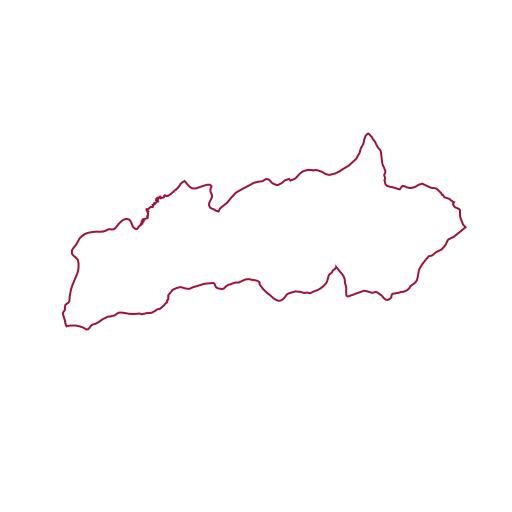 Sekadau, Kalimantan Barat, Indonesia (orthographic projection), rotated 239°
{"feature_id": "22746128B16160803458764", "entity_name": "Sekadau", "entity_type": "district", "adm_level": 2, "iso_a3": "IDN", "parent_name": "Indonesia", "parent_adm1": "Kalimantan Barat", "projection": "orthographic", "projection_center": [111.051, 0.054], "detail": "fine", "context": "isolated", "style": "outline", "palette": "rose", "viewbox_px": 512, "rotation_deg": 239, "n_neighbors": 0, "source": "geoboundaries", "source_scale": "gbopen_adm2", "svg_char_len": 6122}
<svg xmlns="http://www.w3.org/2000/svg" viewBox="0 0 512 512"><g transform="rotate(239 256 256)"><path d="M303.3,414.8L302.6,411.9L300.1,408.8L297.0,406.0L294.2,401.1L291.2,398.1L287.7,391.9L285.7,382.1L285.7,373.8L285.5,371.9L286.0,366.2L287.5,361.2L288.2,360.1L290.0,358.2L291.9,357.0L293.7,356.3L297.9,352.7L299.4,350.8L299.7,349.2L300.6,348.5L302.2,346.3L303.0,344.9L304.0,341.8L304.3,340.1L304.3,338.3L304.1,336.4L302.3,330.1L302.3,328.1L302.9,324.4L305.1,324.0L305.9,319.5L305.3,315.5L305.5,311.7L306.2,310.2L309.9,307.5L314.8,306.5L316.9,304.2L316.7,300.3L318.7,295.7L319.8,291.8L320.6,275.4L320.6,271.1L319.3,266.9L318.9,265.2L316.5,258.6L315.7,252.1L315.3,249.8L314.8,248.9L313.4,246.8L315.5,245.0L317.8,243.8L320.3,241.9L321.8,241.5L322.9,241.8L323.7,241.9L324.5,242.3L324.9,242.8L325.4,243.0L329.2,248.7L330.5,249.4L332.1,249.8L334.0,250.0L335.9,250.7L337.3,251.9L337.9,252.9L338.5,253.6L339.1,253.8L339.6,253.7L340.6,253.3L340.9,253.0L341.7,251.8L342.4,250.3L343.5,246.0L344.7,240.0L345.5,238.1L346.6,236.5L347.2,235.9L349.6,234.8L352.4,234.1L354.2,233.9L357.1,233.3L357.1,230.6L356.6,228.4L355.3,226.1L355.0,224.8L354.5,223.9L354.5,222.4L354.0,221.9L354.0,219.5L353.5,218.5L353.5,217.3L353.1,215.3L352.8,212.5L352.9,211.4L353.1,211.1L353.4,210.1L354.0,209.6L354.8,209.4L355.0,209.1L354.8,208.2L353.8,207.4L353.7,207.2L354.2,205.7L354.5,204.2L356.0,204.7L356.4,204.4L356.3,204.0L355.9,203.9L355.8,203.4L356.7,201.8L356.6,200.5L356.0,199.6L355.7,199.4L355.3,199.5L355.4,200.0L355.6,200.3L355.8,200.9L355.7,201.6L355.4,201.8L354.7,199.9L354.8,199.0L354.5,199.0L353.4,200.3L353.1,200.2L353.1,199.9L353.6,199.4L353.7,199.0L352.7,196.6L352.7,196.0L352.9,195.9L353.6,196.2L353.7,195.9L352.4,194.5L352.4,194.2L353.0,194.2L353.1,193.9L352.2,193.8L351.3,193.1L351.2,192.8L351.3,192.1L352.5,191.1L352.1,190.4L352.1,189.2L351.7,188.3L351.7,187.9L351.8,187.2L352.5,186.7L352.5,186.3L351.8,185.8L350.7,185.8L350.3,186.0L350.2,186.3L349.6,186.6L349.1,185.5L348.2,185.5L347.1,184.5L346.2,184.3L346.1,183.9L346.2,183.3L346.1,183.2L344.6,183.0L344.4,182.0L345.8,177.7L345.5,177.4L344.1,178.0L344.1,177.1L344.2,176.7L344.6,176.3L344.6,175.9L344.3,175.9L343.9,176.6L343.4,176.7L343.4,175.6L342.2,175.3L342.2,174.9L343.0,174.7L343.1,174.4L341.7,173.0L342.0,172.6L342.0,172.2L341.7,171.5L341.6,170.8L340.4,168.0L340.6,167.4L341.3,166.6L344.2,165.6L344.8,165.6L346.6,166.0L350.8,166.4L352.6,166.0L354.0,164.7L354.9,163.1L355.3,160.7L355.1,158.2L354.1,154.5L352.2,149.5L352.2,147.9L352.8,146.3L354.2,144.6L354.8,143.5L355.1,139.9L355.9,136.8L356.4,136.5L357.1,134.7L359.0,131.9L360.1,129.6L362.0,125.2L362.5,123.3L363.1,119.9L363.0,119.3L362.9,119.3L362.7,119.1L362.8,117.9L362.6,116.4L361.8,113.6L358.7,108.3L356.7,103.1L355.6,101.2L353.5,99.8L352.1,99.4L350.4,99.7L347.7,100.7L345.9,101.1L344.2,101.2L341.3,100.2L337.7,98.1L335.3,96.2L333.5,94.4L325.7,83.8L322.7,80.3L317.3,75.5L313.7,73.0L313.2,72.4L312.8,71.7L312.6,71.0L312.3,67.5L311.0,66.2L308.1,64.3L307.3,62.3L306.6,61.1L304.2,60.2L298.8,58.9L297.1,58.1L296.9,58.2L295.0,57.5L293.9,57.5L293.1,57.6L293.2,58.3L292.1,60.8L289.3,65.6L286.8,68.3L284.8,70.1L282.9,71.5L280.6,72.6L280.0,73.5L279.7,74.4L280.3,76.6L281.2,78.2L281.5,80.2L280.6,83.5L280.4,86.3L280.8,92.8L280.4,95.5L280.5,96.6L280.0,98.7L279.2,99.6L278.8,101.8L277.9,103.7L278.2,108.8L277.6,110.2L276.5,112.0L272.0,117.3L270.2,119.7L267.7,124.3L266.8,126.4L265.0,127.8L264.0,130.7L263.6,132.3L261.5,136.3L261.0,138.0L260.9,141.6L261.1,143.5L260.9,144.8L260.3,145.6L260.2,146.7L261.1,151.8L261.6,152.8L261.7,153.6L262.1,154.3L262.0,154.9L262.0,155.7L262.6,156.4L263.5,156.7L263.8,157.1L263.8,157.9L264.1,158.5L265.4,159.2L266.3,160.1L267.1,160.2L268.0,161.7L268.4,163.2L269.7,166.5L269.9,167.5L269.5,171.1L268.4,174.9L267.7,175.9L264.4,178.9L262.4,181.5L262.1,182.2L261.6,186.5L260.8,189.1L258.9,197.1L255.0,205.3L254.2,205.9L253.1,206.1L251.9,205.8L249.6,205.7L247.6,206.9L246.7,208.2L245.3,209.4L245.0,210.2L244.7,212.0L245.5,215.0L245.5,217.7L245.0,219.0L244.4,222.8L243.6,225.2L242.2,227.3L241.6,232.9L241.0,235.7L239.5,238.4L237.8,240.1L235.9,242.5L233.8,244.6L231.4,245.5L230.1,244.5L228.4,244.6L223.2,245.2L217.1,247.0L215.5,247.8L210.8,249.2L207.6,250.9L206.7,251.6L205.9,252.5L205.2,253.9L205.0,255.7L205.4,258.5L206.8,261.7L207.2,263.3L207.0,265.2L206.4,267.7L205.8,269.7L205.4,271.5L203.5,274.0L202.6,275.5L199.6,278.1L199.2,278.7L198.3,281.1L196.4,282.9L196.1,283.6L195.9,286.8L195.0,291.7L195.0,294.2L195.4,298.2L196.7,302.4L197.9,304.2L202.0,308.5L202.3,309.2L202.7,312.2L203.2,313.3L204.0,314.3L204.2,316.7L205.0,318.9L205.3,319.1L195.6,320.5L193.3,320.6L191.3,320.3L189.8,319.8L187.1,318.4L183.9,317.6L182.0,316.8L178.6,314.7L176.6,313.6L175.3,313.2L174.6,313.4L174.1,313.8L173.6,315.0L173.3,317.3L172.7,319.6L172.2,323.0L170.9,329.0L170.7,330.5L168.4,333.2L164.8,336.4L164.0,338.2L163.5,340.3L162.1,341.2L157.3,343.4L153.5,344.0L151.9,344.7L150.4,346.3L150.4,348.4L150.7,350.5L152.3,351.8L153.2,353.1L153.2,354.2L152.3,355.8L151.6,358.0L150.9,359.4L150.6,361.6L149.3,364.2L148.9,367.6L149.3,370.6L150.7,372.9L151.0,377.0L150.9,377.5L151.5,379.4L152.2,381.2L153.7,382.9L160.0,388.5L160.7,389.5L163.2,393.8L165.5,400.0L166.8,404.3L165.8,406.8L165.9,408.7L166.3,410.5L166.5,412.5L166.0,418.2L167.2,422.4L168.3,424.8L170.7,428.3L171.1,429.6L170.6,435.5L172.7,450.5L176.2,449.7L182.3,450.7L184.6,451.2L190.4,454.5L191.8,454.2L195.3,451.7L196.8,451.4L199.0,451.5L200.1,453.5L201.4,452.4L202.1,452.4L203.0,451.9L203.1,451.7L205.0,451.4L209.2,447.9L209.7,447.7L212.4,447.6L212.7,447.0L214.8,447.0L219.7,445.8L220.9,445.3L222.4,443.8L223.5,442.0L225.1,440.6L232.4,435.7L233.3,432.1L233.2,428.0L234.4,423.9L235.3,422.6L237.1,420.7L238.9,419.6L240.6,417.8L239.9,415.2L239.2,413.9L239.2,413.3L243.3,409.7L245.5,407.6L246.2,406.5L247.2,405.8L248.6,404.3L249.5,404.3L250.8,403.9L254.9,405.2L255.3,405.9L256.2,406.8L259.0,407.4L259.8,408.0L260.4,409.1L261.8,410.5L262.3,410.7L267.0,411.4L267.5,411.3L269.5,411.7L271.9,412.6L280.7,416.6L282.8,417.1L284.4,416.7L286.2,416.4L290.7,416.6L292.3,416.9L296.5,416.3L297.5,416.6L302.0,415.8L303.2,415.3L303.3,414.8Z" fill="none" stroke="#9f1239" stroke-width="2"/></g></svg>